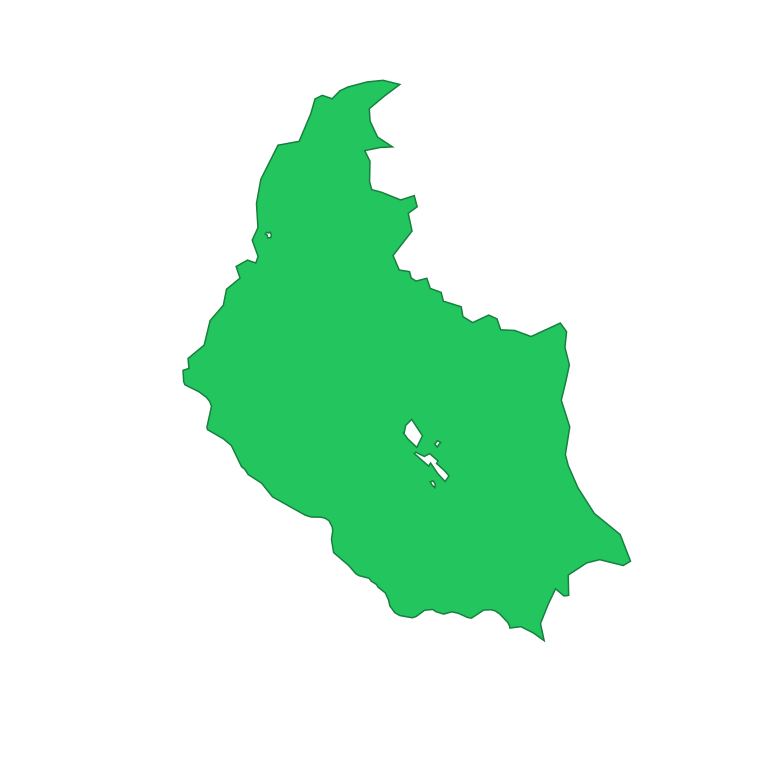 the district of Akhangaran, Tashkent, Uzbekistan, rotated 72°
{"feature_id": "79887680B39999061670418", "entity_name": "Akhangaran", "entity_type": "district", "adm_level": 2, "iso_a3": "UZB", "parent_name": "Uzbekistan", "parent_adm1": "Tashkent", "projection": "natural_earth1", "projection_center": [69.986, 40.976], "detail": "fine", "context": "isolated", "style": "filled", "palette": "green", "viewbox_px": 768, "rotation_deg": 72, "n_neighbors": 0, "source": "geoboundaries", "source_scale": "gbopen_adm2", "svg_char_len": 2376}
<svg xmlns="http://www.w3.org/2000/svg" viewBox="0 0 768 768"><g transform="rotate(72 384 384)"><path d="M600.2,205.9L572.1,224.0L542.7,231.6L518.6,234.0L507.1,233.3L482.3,220.6L454.2,220.4L438.3,210.6L423.2,201.8L405.1,200.6L390.7,194.2L380.5,197.5L384.3,229.5L373.5,243.1L368.5,256.3L357.0,256.4L350.8,263.1L353.0,280.7L344.3,288.1L334.4,286.7L323.6,301.9L314.5,301.4L307.4,310.5L296.7,310.6L296.0,321.7L291.6,325.4L285.0,325.0L280.3,334.3L264.6,335.7L247.2,310.1L229.2,308.2L225.7,297.7L214.2,297.0L214.1,311.3L200.8,327.2L195.4,335.6L187.1,335.2L167.8,328.5L156.1,330.2L157.9,314.4L161.1,302.7L147.2,313.8L129.7,316.0L117.6,312.9L110.4,295.0L104.0,276.4L94.9,291.0L91.5,306.7L90.4,326.5L91.5,335.3L96.7,345.1L90.4,353.5L91.6,361.5L104.3,370.1L127.0,389.7L124.1,411.0L151.3,437.9L172.9,449.5L196.4,455.6L206.5,464.9L223.8,464.3L229.3,468.6L224.0,475.5L226.5,488.3L238.8,488.2L245.2,504.5L259.5,512.5L270.0,529.8L291.4,543.0L299.2,562.5L308.9,564.7L308.9,570.9L319.8,573.8L323.3,573.5L334.2,562.4L341.8,557.0L347.0,555.1L352.0,555.0L370.4,565.8L372.8,566.0L386.5,553.7L395.3,548.2L418.7,545.0L421.9,542.8L428.2,541.1L440.4,531.1L456.9,524.9L473.7,509.4L484.4,499.4L487.9,494.6L491.2,485.1L493.4,481.6L496.9,478.6L503.7,477.4L507.8,478.1L515.6,482.0L528.8,484.0L545.6,473.7L555.8,469.4L558.7,466.8L564.1,458.2L567.5,457.1L572.4,453.1L575.4,452.4L583.1,447.3L590.8,446.4L596.9,447.0L604.8,444.4L609.1,440.5L612.1,434.9L615.0,429.5L615.1,425.5L611.7,415.2L613.5,407.3L616.5,405.1L621.3,398.3L621.6,390.0L624.9,384.3L632.0,376.5L633.7,373.1L629.8,358.9L631.9,351.7L634.1,348.4L638.3,345.1L641.2,343.7L648.9,340.0L653.3,339.3L655.0,339.7L657.1,328.8L666.8,319.0L677.6,311.0L660.2,309.2L644.2,295.9L631.8,284.1L641.2,278.3L642.1,273.7L622.6,267.8L616.8,246.5L617.7,233.2L630.6,212.5L628.7,204.3L600.2,205.9ZM443.4,378.4L436.5,380.6L436.4,379.7L430.1,376.2L426.2,368.6L445.1,363.4L454.4,372.4L443.4,378.4ZM495.6,356.0L486.1,360.5L473.5,364.1L475.9,366.9L459.5,376.7L458.7,374.8L465.4,368.0L464.3,362.1L473.8,356.4L475.8,358.6L485.0,353.3L491.5,350.6L495.6,356.0ZM209.8,446.6L209.1,449.4L206.3,449.1L204.7,450.6L203.4,448.6L204.8,447.0L204.4,445.3L207.4,445.0L209.8,446.6ZM460.4,352.9L456.9,354.3L454.4,350.6L457.2,348.1L458.4,350.3L460.4,352.9ZM494.7,369.6L491.3,370.2L491.3,367.2L495.3,366.2L498.3,367.7L494.7,369.6Z" fill="#22c55e" stroke="#15803d" stroke-width="1.5"/></g></svg>